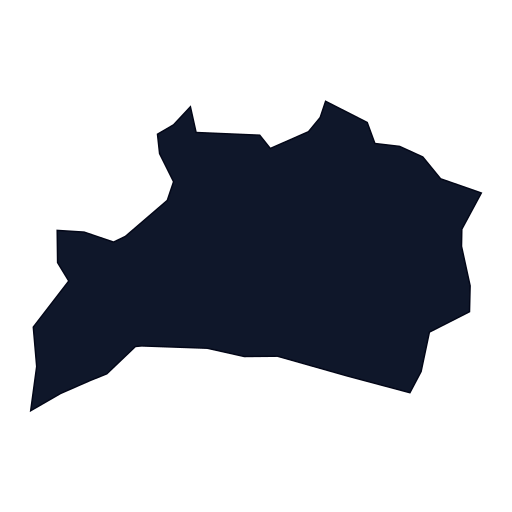 Gazaoua, Maradi, Niger (Mercator projection)
{"feature_id": "23599985B75774451533542", "entity_name": "Gazaoua", "entity_type": "district", "adm_level": 2, "iso_a3": "NER", "parent_name": "Niger", "parent_adm1": "Maradi", "projection": "mercator", "projection_center": [7.924, 13.438], "detail": "fine", "context": "isolated", "style": "filled", "palette": "ink", "viewbox_px": 512, "rotation_deg": 0, "n_neighbors": 0, "source": "geoboundaries", "source_scale": "gbopen_adm2", "svg_char_len": 662}
<svg xmlns="http://www.w3.org/2000/svg" viewBox="0 0 512 512"><path d="M30.7,410.7L60.5,393.5L90.4,380.4L106.8,373.8L135.4,346.5L141.6,345.9L207.1,348.2L244.3,356.5L277.5,356.2L347.4,376.0L409.9,392.7L413.5,385.9L421.1,371.5L429.4,332.1L469.5,311.7L470.1,285.8L461.5,246.3L461.8,229.2L481.3,193.0L440.6,178.8L422.8,157.0L399.6,146.4L374.9,143.5L367.2,122.5L325.6,101.3L320.2,117.5L308.5,131.7L270.3,148.5L259.7,135.2L196.1,132.5L190.4,106.8L173.6,124.8L157.5,134.2L159.6,153.6L173.6,181.7L167.3,200.4L125.4,236.4L113.5,242.1L84.1,232.1L57.2,230.4L57.6,262.6L68.8,281.0L33.3,327.1L36.7,366.5L30.7,410.7Z" fill="#0f172a" stroke="#020617" stroke-width="1.5"/></svg>